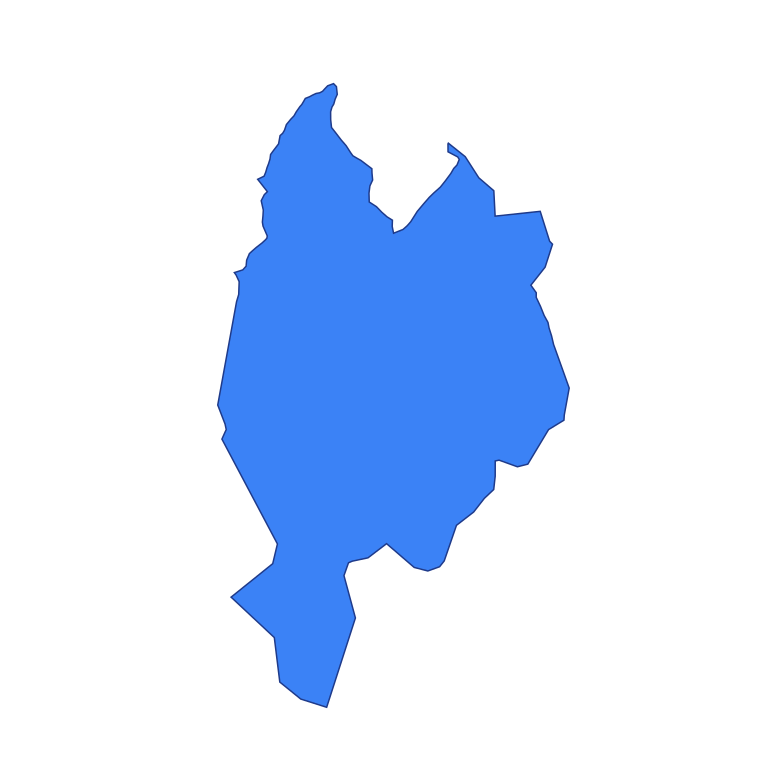 the district of Ibarapa East, Oyo, Nigeria, rotated 168°
{"feature_id": "59680162B5704166644463", "entity_name": "Ibarapa East", "entity_type": "district", "adm_level": 2, "iso_a3": "NGA", "parent_name": "Nigeria", "parent_adm1": "Oyo", "projection": "robinson", "projection_center": [3.477, 7.592], "detail": "fine", "context": "isolated", "style": "filled", "palette": "blue", "viewbox_px": 768, "rotation_deg": 168, "n_neighbors": 0, "source": "geoboundaries", "source_scale": "gbopen_adm2", "svg_char_len": 2053}
<svg xmlns="http://www.w3.org/2000/svg" viewBox="0 0 768 768"><g transform="rotate(168 384 384)"><path d="M195.3,520.4L240.4,525.1L236.4,550.2L248.4,566.0L257.3,589.5L271.0,606.2L271.5,605.6L273.1,597.8L264.7,590.8L263.7,588.0L267.1,583.0L270.9,580.4L274.8,576.1L281.7,570.0L287.9,564.9L295.6,560.5L301.0,557.1L307.9,551.9L315.6,545.9L324.1,537.2L327.0,535.0L328.7,533.8L333.3,531.2L343.3,529.5L343.2,536.4L341.7,542.5L346.2,546.8L350.6,552.7L350.7,552.9L354.5,559.0L360.6,565.1L359.8,569.4L359.0,573.8L356.6,580.7L352.7,585.9L351.9,592.8L351.1,597.1L360.2,607.6L363.2,610.2L367.0,613.7L368.5,617.1L371.5,625.0L375.3,631.9L379.0,639.7L382.0,645.8L381.2,653.6L379.6,661.4L377.3,665.7L374.9,668.3L372.6,672.7L370.1,676.2L369.5,677.0L368.7,684.8L370.9,688.3L377.1,687.4L380.9,684.8L383.2,683.1L386.3,682.2L390.1,682.3L394.0,681.4L397.0,680.5L401.6,679.7L403.9,677.1L406.3,674.5L408.6,672.8L413.2,668.5L416.3,665.0L420.1,662.4L425.5,658.1L428.6,652.9L431.0,650.3L434.0,648.6L437.2,640.8L443.3,635.6L447.2,632.1L448.7,627.8L451.1,623.5L453.4,620.0L455.7,615.7L458.1,612.2L465.0,610.5L458.1,596.4L458.7,596.0L461.7,594.1L466.0,588.8L465.9,579.2L467.5,573.4L469.3,567.7L469.5,563.6L467.4,553.1L468.3,550.9L470.1,549.6L474.0,547.3L480.6,544.1L484.9,541.7L488.5,539.6L492.6,533.7L494.4,527.9L498.4,525.0L502.1,524.6L507.2,524.1L506.0,521.3L504.4,514.2L507.5,501.8L511.1,495.2L551.0,398.0L547.8,377.9L547.8,372.2L549.4,370.1L554.0,363.8L553.6,362.4L521.5,249.7L530.2,231.4L577.9,207.3L544.0,158.8L547.9,114.1L530.9,93.1L507.3,79.7L460.6,161.1L463.0,204.9L455.9,216.5L451.8,217.3L435.8,217.3L414.7,227.3L392.6,198.3L380.0,192.0L367.6,193.7L361.9,198.4L342.5,230.7L322.8,240.2L321.4,241.4L309.6,251.3L298.6,258.0L294.4,270.7L291.2,285.6L287.3,285.6L270.7,275.3L260.0,275.7L232.5,305.2L215.5,311.2L214.1,316.2L203.7,341.5L208.0,373.4L209.4,383.8L209.9,387.3L210.1,396.3L210.9,404.5L210.8,410.1L213.1,417.7L214.8,427.4L217.1,437.1L216.1,441.6L219.8,450.1L202.1,464.8L190.1,485.7L192.3,489.2L195.3,520.4Z" fill="#3b82f6" stroke="#1e3a8a" stroke-width="1.5"/></g></svg>